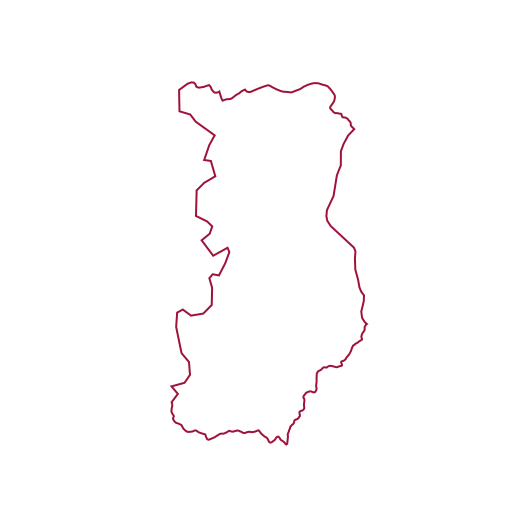 Vayk, Vayots Dzor, Armenia, rotated 337°
{"feature_id": "60910142B90303504942673", "entity_name": "Vayk", "entity_type": "district", "adm_level": 2, "iso_a3": "ARM", "parent_name": "Armenia", "parent_adm1": "Vayots Dzor", "projection": "mercator", "projection_center": [45.554, 39.753], "detail": "fine", "context": "isolated", "style": "outline", "palette": "rose", "viewbox_px": 512, "rotation_deg": 337, "n_neighbors": 0, "source": "geoboundaries", "source_scale": "gbopen_adm2", "svg_char_len": 5348}
<svg xmlns="http://www.w3.org/2000/svg" viewBox="0 0 512 512"><g transform="rotate(337 256 256)"><path d="M250.1,73.1L248.9,76.0L243.1,90.4L242.1,92.9L250.7,100.0L253.0,108.8L265.1,128.8L256.3,135.7L245.8,147.4L251.6,150.9L249.7,166.7L236.9,168.4L227.0,172.4L216.4,195.7L224.5,205.1L227.3,211.6L222.1,217.4L212.1,220.3L216.7,239.0L233.0,237.3L233.0,242.0L224.8,250.7L214.3,259.4L209.0,255.9L204.4,258.2L203.2,268.1L196.1,283.8L185.0,288.4L172.9,285.5L167.7,276.7L161.3,277.3L154.8,290.1L149.5,316.3L152.9,327.4L148.8,339.6L140.7,344.8L127.3,343.0L130.2,352.4L121.2,357.6L121.1,359.2L120.4,361.2L119.3,362.7L118.9,363.3L117.5,365.8L117.3,367.2L117.4,368.6L117.8,370.3L117.8,371.3L117.5,371.7L116.9,372.2L116.0,373.3L116.1,375.0L116.5,377.0L117.5,378.7L118.0,379.0L119.0,379.8L119.7,380.6L120.9,382.0L121.3,382.5L121.4,383.3L121.4,384.0L121.6,385.4L121.7,386.6L122.3,388.1L123.1,389.7L124.2,391.1L125.8,391.8L127.0,392.2L128.9,392.7L130.3,392.7L131.7,392.7L132.5,393.1L133.4,394.2L134.2,395.7L135.3,396.8L136.7,398.1L138.8,399.7L139.6,400.5L139.5,401.4L139.4,402.7L139.4,404.2L139.4,405.2L139.9,406.1L140.5,406.6L142.4,406.7L144.2,406.7L145.7,406.7L147.3,406.7L148.4,406.5L149.9,406.1L151.1,406.1L152.2,405.8L153.5,405.7L154.6,405.9L156.0,406.6L156.9,406.9L158.8,406.9L160.0,406.9L161.4,406.6L162.7,406.4L163.5,406.7L164.3,407.7L165.0,408.0L165.6,408.4L166.8,408.9L168.3,408.9L169.0,409.1L170.6,409.3L171.5,409.9L172.3,410.5L173.0,411.5L173.9,412.1L174.4,413.0L174.6,413.3L175.5,414.2L176.7,414.6L179.2,414.7L180.2,414.9L181.5,415.3L182.4,416.1L184.1,416.7L185.2,417.1L186.9,417.3L188.6,417.3L189.8,417.3L190.1,417.6L190.4,417.8L190.7,418.7L190.8,419.1L191.1,420.3L191.4,421.4L192.0,422.9L192.7,424.2L193.4,425.6L193.9,426.2L194.4,426.8L194.9,427.6L195.3,429.3L195.3,430.7L195.4,431.5L195.5,432.3L195.8,433.0L196.5,433.4L197.4,433.6L199.1,433.2L199.9,433.0L200.0,433.0L201.0,432.8L201.7,432.5L202.7,431.8L203.6,431.1L204.6,430.8L205.4,430.8L206.1,431.1L206.6,432.3L206.7,433.6L207.0,434.8L207.4,435.6L208.0,436.4L208.9,437.9L209.5,439.2L209.7,440.7L210.1,441.3L211.1,441.1L211.3,441.1L211.8,440.2L212.4,439.1L213.4,437.4L214.3,435.7L214.7,434.9L214.9,434.6L215.2,433.6L215.4,432.7L216.0,432.0L217.1,430.9L217.7,430.3L218.4,429.3L219.2,428.6L220.1,427.8L220.7,426.7L221.9,426.1L222.9,425.6L224.4,425.2L225.1,424.9L225.7,424.3L226.4,423.4L227.1,422.5L228.1,422.1L229.1,422.2L230.1,422.2L230.6,422.2L232.0,421.7L232.9,420.9L234.0,420.4L234.4,418.8L234.5,418.5L234.6,417.5L235.1,416.5L236.3,416.1L237.5,416.3L238.7,416.3L239.5,416.0L240.2,415.7L241.1,414.7L241.5,413.2L241.8,412.2L241.9,411.9L242.9,410.0L244.2,407.8L244.6,406.3L244.3,405.2L244.7,404.0L245.3,403.4L246.6,402.7L248.3,401.7L250.1,401.4L252.0,401.5L253.6,402.0L254.4,402.8L255.6,403.9L256.6,404.4L257.5,404.2L258.4,403.5L259.3,402.8L260.0,401.7L260.3,400.2L260.5,399.2L260.9,398.5L261.8,396.9L262.6,395.5L263.4,393.7L264.0,392.1L264.8,390.5L265.4,389.2L266.1,387.9L267.2,387.0L268.2,386.4L270.0,386.3L271.3,386.2L272.5,385.7L273.5,385.2L275.0,385.0L275.9,385.3L276.7,386.0L277.7,386.3L278.9,385.9L280.2,385.8L281.1,386.0L282.4,386.6L283.6,387.5L284.6,388.3L285.6,389.0L286.2,389.6L287.1,390.0L287.7,390.1L288.2,390.0L288.9,390.1L289.7,390.1L290.7,390.3L291.6,390.5L292.4,390.3L292.7,389.1L292.7,387.9L292.9,386.9L293.4,386.5L294.3,386.5L295.3,386.7L296.6,386.5L297.8,386.2L298.7,385.6L300.0,384.6L301.5,383.9L302.7,383.3L303.9,382.5L306.2,380.6L308.1,378.5L308.8,377.7L309.5,377.3L310.1,376.5L310.7,376.3L311.8,376.3L312.6,375.9L313.1,375.6L315.0,375.6L316.9,375.1L318.4,374.7L319.9,374.6L320.9,374.3L321.2,373.5L321.3,372.3L321.5,371.3L322.5,370.0L323.7,368.7L325.2,367.9L326.6,367.0L327.2,366.4L327.3,365.9L327.8,365.0L328.2,363.9L328.7,363.4L329.6,362.9L330.4,362.1L331.1,361.9L331.4,361.9L330.2,359.0L329.5,354.3L331.2,348.3L337.5,339.8L340.0,334.5L338.9,329.9L339.0,325.0L340.6,318.3L342.1,307.4L346.1,296.9L349.4,290.5L349.4,286.5L336.5,257.7L335.4,251.4L336.3,247.0L339.2,241.5L350.8,231.1L362.0,213.3L369.5,205.7L375.1,192.7L380.5,187.0L388.0,181.0L396.0,177.6L395.4,176.0L394.4,173.8L394.5,172.3L394.9,171.2L395.2,170.0L394.9,168.7L394.2,167.0L393.8,165.2L392.7,163.8L391.5,163.0L389.9,162.1L389.8,160.5L390.0,158.6L389.1,157.9L387.8,157.1L386.7,156.3L384.7,155.4L383.6,153.9L383.3,152.9L382.9,151.5L382.3,150.3L382.0,149.1L382.4,148.0L383.2,147.4L385.4,146.0L387.5,144.7L388.9,143.4L390.1,141.7L391.1,139.7L391.2,137.7L390.8,136.3L390.5,134.9L389.8,131.9L389.2,130.2L388.5,128.2L387.7,127.1L386.2,125.8L384.4,124.5L383.2,123.4L380.9,121.4L377.2,119.6L373.6,118.9L370.3,118.7L366.0,118.8L363.2,119.4L360.3,119.6L358.2,119.4L356.2,119.4L354.6,119.3L353.6,119.4L352.2,119.1L350.2,118.0L348.8,117.2L346.9,116.2L344.8,115.1L342.9,113.5L340.0,110.6L337.0,107.0L335.2,104.6L334.0,103.6L332.2,103.3L328.6,103.0L323.0,102.8L317.9,102.8L315.1,102.8L313.6,102.4L311.9,101.1L311.3,99.9L310.9,98.5L309.7,98.5L308.2,98.6L306.2,98.9L305.1,99.3L304.4,99.6L303.7,99.7L302.3,99.8L300.2,100.1L298.1,100.7L295.9,101.3L294.0,101.5L292.8,101.2L290.4,100.3L288.1,100.0L285.9,99.9L285.8,97.8L285.9,95.6L286.2,93.0L286.5,90.4L285.9,90.6L284.5,90.4L283.3,90.1L282.0,89.6L281.3,88.7L280.7,86.9L280.2,85.5L280.4,84.0L280.3,82.9L280.0,81.5L279.5,80.5L279.5,80.3L273.8,79.9L269.1,78.7L267.3,77.0L267.3,73.8L266.5,72.1L264.3,70.9L260.4,70.7L250.1,73.1Z" fill="none" stroke="#9f1239" stroke-width="2"/></g></svg>